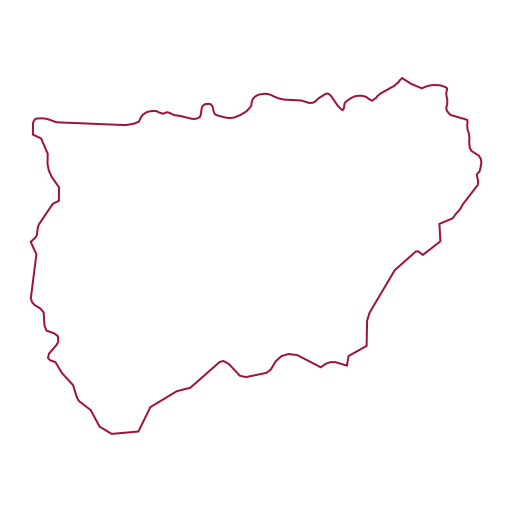 map outline of Jaén (Mercator projection)
{"feature_id": "ESP-5826", "entity_name": "Jaén", "entity_type": "Autonomous Community", "adm_level": 1, "iso_a3": "ESP", "parent_name": "Spain", "parent_adm1": "", "projection": "mercator", "projection_center": [-3.264, 37.956], "detail": "fine", "context": "isolated", "style": "outline", "palette": "rose", "viewbox_px": 512, "rotation_deg": 0, "n_neighbors": 0, "source": "natural_earth", "source_scale": "10m", "svg_char_len": 2695}
<svg xmlns="http://www.w3.org/2000/svg" viewBox="0 0 512 512"><path d="M452.8,218.2L439.4,223.9L440.4,241.3L422.8,254.9L419.0,251.9L417.8,251.3L415.8,251.5L394.8,270.1L369.6,312.6L367.1,320.6L366.6,345.9L348.6,356.0L346.9,365.6L335.2,362.1L330.4,362.1L325.7,363.8L320.8,367.3L297.3,355.1L288.5,354.0L281.6,356.0L275.9,361.1L270.6,369.8L266.3,372.9L245.8,377.1L239.8,375.7L229.0,364.1L223.4,361.0L219.6,362.0L190.4,387.7L176.8,391.2L150.4,407.1L138.4,431.5L111.8,433.9L99.6,426.7L90.7,410.1L78.8,400.9L76.8,397.2L73.1,385.2L61.9,373.0L55.5,362.2L49.9,360.1L48.0,358.0L49.0,353.6L56.5,345.0L58.2,341.7L58.0,336.3L54.6,333.6L46.4,330.5L44.4,325.2L43.7,312.5L40.5,308.6L34.5,305.0L32.0,302.0L30.8,298.4L36.4,254.3L30.7,241.9L35.7,237.2L36.8,235.2L37.9,227.0L39.0,224.2L52.9,203.7L58.9,200.8L59.0,187.3L51.6,176.7L48.8,170.5L47.5,163.8L47.7,153.7L41.2,138.7L40.6,138.2L32.9,134.6L33.0,123.1L33.8,121.0L35.4,118.9L37.6,118.5L42.7,118.3L47.4,119.0L56.7,122.3L125.6,125.1L133.8,123.7L138.8,121.7L141.2,117.0L142.8,114.7L146.6,112.2L149.8,111.3L153.7,110.9L156.4,111.1L158.7,112.3L162.8,113.7L164.8,113.1L166.5,112.3L168.5,112.5L174.6,115.2L179.5,115.8L192.2,118.9L195.3,118.9L198.0,118.1L199.8,117.0L200.7,115.1L201.7,108.2L202.7,105.9L205.2,104.1L208.3,103.8L210.7,104.2L212.1,105.8L212.9,107.8L213.3,110.0L213.9,112.1L214.9,114.1L216.7,115.2L224.7,117.4L228.7,118.0L231.7,117.9L234.6,117.4L241.0,114.7L246.6,111.2L250.1,107.4L251.3,105.5L251.5,103.3L252.0,101.1L253.0,98.8L254.9,96.6L258.8,94.6L264.4,93.8L268.1,94.0L271.0,95.0L275.3,97.1L279.7,98.7L284.4,99.6L301.3,100.5L309.4,103.0L312.9,102.7L315.2,101.5L318.9,98.1L325.9,93.7L328.1,93.7L330.0,94.9L331.6,96.7L337.2,105.0L340.5,108.7L342.6,110.1L343.5,109.1L344.0,107.4L344.6,103.3L346.0,101.6L351.0,98.1L354.8,96.3L357.9,95.8L361.4,95.7L363.9,96.2L366.5,97.1L368.3,98.6L371.1,100.3L372.2,100.6L373.1,100.2L373.6,99.5L374.3,99.0L375.6,98.3L376.0,98.0L376.5,97.4L376.9,96.6L379.1,94.6L380.5,93.5L387.4,89.6L388.7,89.1L389.6,88.4L389.8,88.2L393.7,86.2L398.7,82.0L399.3,80.8L402.1,78.1L411.2,83.9L421.8,88.3L426.4,86.4L429.6,85.5L433.6,85.0L440.3,85.3L444.4,86.7L446.4,87.7L446.9,88.2L447.0,88.4L447.0,88.7L447.0,89.7L446.2,93.4L446.8,97.8L447.3,99.9L447.2,104.4L446.5,106.6L446.3,108.7L447.0,110.8L448.0,112.3L450.4,114.9L467.1,119.8L467.5,121.5L467.2,125.9L467.4,128.3L467.8,130.6L468.7,132.7L469.4,137.4L469.2,142.2L469.4,145.0L469.8,147.8L471.4,150.9L478.9,155.7L480.7,158.7L481.2,161.0L481.3,163.1L480.9,165.1L480.6,167.4L480.2,169.3L479.6,171.1L478.6,172.5L477.6,173.5L476.8,174.4L476.9,176.0L477.9,179.7L478.2,182.5L477.7,185.0L462.8,204.4L460.5,208.5L459.0,210.6L455.5,214.3L452.8,218.2Z" fill="none" stroke="#9f1239" stroke-width="2"/></svg>